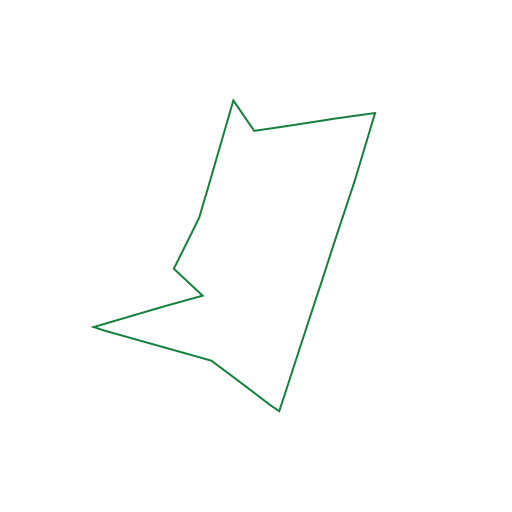 Lajedo, Pernambuco, Brazil, rotated 239°
{"feature_id": "56859067B99804914790127", "entity_name": "Lajedo", "entity_type": "district", "adm_level": 2, "iso_a3": "BRA", "parent_name": "Brazil", "parent_adm1": "Pernambuco", "projection": "albers", "projection_center": [-36.292, -8.674], "detail": "fine", "context": "isolated", "style": "outline", "palette": "green", "viewbox_px": 512, "rotation_deg": 239, "n_neighbors": 0, "source": "geoboundaries", "source_scale": "gbopen_adm2", "svg_char_len": 584}
<svg xmlns="http://www.w3.org/2000/svg" viewBox="0 0 512 512"><g transform="rotate(239 256 256)"><path d="M189.2,163.9L144.9,181.9L132.2,186.9L120.2,191.7L111.0,196.0L121.9,208.6L150.2,241.2L153.9,245.4L173.0,267.5L188.5,285.4L194.8,292.8L214.5,315.5L219.5,321.1L242.2,347.4L247.1,353.2L270.8,380.7L280.1,390.9L317.2,431.7L322.6,419.2L333.1,394.5L349.5,354.2L364.2,318.9L401.0,316.7L347.4,258.9L343.5,254.7L332.9,243.2L326.5,236.1L318.3,227.3L313.8,220.4L287.4,179.0L249.5,189.8L260.5,150.1L278.7,80.3L269.6,88.1L189.2,163.9Z" fill="none" stroke="#15803d" stroke-width="2"/></g></svg>